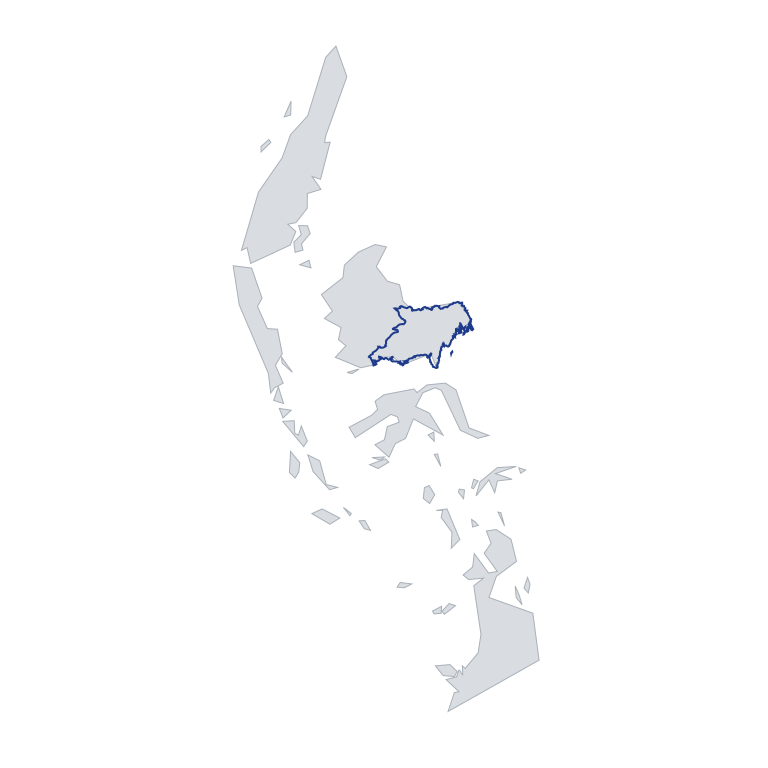 Kalimantan Timur highlighted on a map of Indonesia, rotated 60°
{"feature_id": "IDN-1185", "entity_name": "Kalimantan Timur", "entity_type": "Province", "adm_level": 1, "iso_a3": "IDN", "parent_name": "Indonesia", "parent_adm1": "", "projection": "natural_earth1", "projection_center": [116.728, 1.017], "detail": "fine", "context": "in_parent", "style": "outline", "palette": "blue", "viewbox_px": 768, "rotation_deg": 60, "n_neighbors": 0, "source": "natural_earth", "source_scale": "10m", "svg_char_len": 9793}
<svg xmlns="http://www.w3.org/2000/svg" viewBox="0 0 768 768"><g transform="rotate(60 384 384)"><path d="M266.5,313.4L278.6,332.1L296.7,329.7L305.9,320.9L321.8,326.1L334.1,322.6L350.3,278.7L370.0,276.4L379.3,286.8L369.4,287.8L383.4,308.8L379.5,313.4L396.1,330.2L381.2,328.3L376.4,358.3L365.0,362.7L358.5,374.5L362.6,382.8L358.3,396.0L336.6,412.8L331.8,397.8L322.9,401.3L313.6,393.0L297.4,402.9L295.1,392.2L275.2,393.5L271.4,366.4L261.3,358.9L257.0,340.2L258.8,321.9L266.5,313.4ZM67.3,256.7L99.3,262.5L140.3,310.8L145.3,314.7L147.6,309.7L175.0,336.6L168.3,342.5L183.9,341.3L180.7,355.2L193.4,362.6L200.2,379.5L197.5,387.5L207.8,384.1L216.8,395.7L212.9,439.2L197.5,434.4L197.0,440.6L155.0,396.7L137.3,359.2L121.4,340.3L113.6,316.0L72.0,271.2L67.3,256.7ZM700.7,387.8L699.6,492.2L686.4,477.3L688.0,473.0L671.0,478.0L673.9,467.6L669.2,462.2L670.9,461.4L673.6,461.8L675.2,461.2L667.3,457.1L670.9,455.9L663.9,436.9L649.3,425.2L603.6,407.1L601.9,394.9L595.7,408.4L589.0,411.0L586.8,398.7L576.0,390.6L599.9,388.0L603.0,379.6L580.7,381.9L575.5,370.9L562.5,368.8L566.2,359.6L581.9,351.6L603.8,357.9L606.8,382.9L621.4,399.9L656.9,369.7L700.7,387.8ZM477.9,330.0L462.2,341.0L418.2,337.5L412.8,341.6L411.0,354.8L419.4,367.9L432.0,359.2L457.7,358.4L428.9,376.0L441.9,392.5L441.3,404.0L449.9,416.3L432.1,422.2L432.5,411.5L422.5,402.4L424.7,390.0L419.2,388.7L413.8,393.2L416.1,435.6L404.0,435.9L404.9,410.6L402.8,402.2L394.5,400.4L393.3,389.5L403.3,360.5L408.0,359.7L406.3,347.3L413.9,330.4L425.1,324.6L464.6,332.3L481.0,318.9L477.9,330.0ZM217.4,440.7L248.7,446.7L253.5,454.8L277.7,457.3L283.3,448.9L306.9,457.0L313.5,468.7L332.8,470.9L332.5,480.7L335.2,486.6L316.8,478.8L243.1,469.8L206.2,455.5L217.4,440.7ZM517.3,332.3L530.5,320.7L524.6,334.2L533.5,342.5L519.5,341.1L526.9,360.2L516.7,349.8L513.1,327.6L521.5,310.7L517.3,332.3ZM523.7,391.9L556.6,396.1L559.8,407.8L546.5,399.3L528.1,401.2L522.8,396.5L519.6,402.0L523.7,391.9ZM448.4,484.0L424.3,489.2L407.3,485.4L418.4,478.1L442.1,484.3L450.3,475.9L448.4,484.0ZM379.0,476.6L395.2,479.0L398.0,484.9L365.7,490.4L370.9,480.1L382.0,485.9L385.6,483.7L379.0,476.6ZM478.0,489.3L478.4,500.9L460.2,511.3L461.2,500.1L478.0,489.3ZM216.8,372.7L221.3,385.4L227.5,387.2L225.5,395.2L216.2,391.2L213.2,380.9L204.2,378.7L208.7,371.2L216.8,372.7ZM666.1,478.6L653.8,480.4L660.0,467.2L669.5,464.4L672.5,469.3L666.1,478.6ZM410.1,496.3L417.6,501.8L421.0,508.0L413.5,510.2L395.6,498.6L410.1,496.3ZM505.2,395.4L510.3,404.2L502.7,407.2L494.0,400.8L494.5,395.7L505.2,395.4ZM333.6,476.9L350.7,480.7L343.0,487.8L333.6,476.9ZM360.3,477.5L362.9,488.4L352.8,486.9L360.3,477.5ZM246.9,389.2L238.6,397.4L239.3,387.1L246.9,389.2ZM611.7,432.9L613.6,446.9L609.8,447.5L606.7,437.4L611.7,432.9ZM328.1,457.5L315.0,461.8L309.5,459.3L328.1,457.5ZM454.1,418.9L454.2,431.4L446.7,436.7L449.6,420.0L454.1,418.9ZM92.6,323.1L104.4,330.3L102.8,336.9L92.6,323.1ZM121.5,374.4L116.8,371.7L114.7,361.5L118.2,361.2L121.5,374.4ZM566.5,474.2L564.0,469.2L571.0,460.0L570.7,468.2L566.5,474.2ZM553.8,347.1L567.3,350.6L552.0,349.3L553.8,347.1ZM471.4,372.5L483.8,376.0L470.1,375.7L471.4,372.5ZM448.3,425.0L441.7,431.2L447.5,420.0L448.3,425.0ZM623.3,356.4L630.4,357.6L637.1,363.5L630.7,364.8L623.3,356.4ZM504.0,468.9L499.5,473.4L490.1,474.0L492.6,468.8L504.0,468.9ZM611.1,449.2L608.1,455.7L604.9,455.5L605.3,445.2L611.1,449.2ZM523.1,372.5L514.9,373.6L512.6,371.4L516.1,367.3L523.1,372.5ZM624.6,371.4L634.6,372.5L644.2,374.8L635.0,376.3L624.6,371.4ZM450.5,364.9L458.8,369.1L450.2,371.4L450.5,364.9ZM529.6,310.3L524.0,309.1L529.3,304.3L529.6,310.3ZM470.5,480.9L479.8,477.1L480.9,479.4L470.5,480.9ZM553.6,373.0L552.1,378.8L545.1,375.9L548.6,374.1L553.6,373.0ZM359.1,406.3L355.6,410.2L358.5,398.0L359.1,406.3ZM515.0,351.0L519.4,358.9L517.7,360.1L511.3,353.9L515.0,351.0Z" fill="#d9dde1" stroke="#a8b0b8" stroke-width="1"/><path d="M362.0,275.4L362.7,276.5L362.9,276.5L363.3,276.3L363.6,276.4L364.2,276.3L364.6,275.9L365.9,276.5L367.0,276.3L368.3,276.5L370.9,276.5L371.2,276.1L371.6,276.1L372.4,277.0L373.5,277.6L374.6,278.8L376.1,279.0L376.4,279.2L375.8,279.8L373.7,279.1L374.2,279.8L374.1,280.2L375.0,280.5L375.1,281.1L375.8,281.0L377.1,282.5L378.0,282.9L378.1,283.3L377.6,283.5L376.5,282.9L375.8,282.9L376.6,283.2L377.4,283.8L378.0,283.7L378.5,284.0L379.4,285.3L378.3,285.3L378.8,285.8L379.9,286.1L380.1,286.3L380.0,286.5L379.0,287.6L377.3,287.7L376.2,287.2L375.6,285.5L375.1,285.1L375.4,286.5L375.8,287.4L375.8,287.8L375.6,288.1L374.6,287.7L369.8,287.5L369.4,287.7L369.0,288.3L369.7,287.9L371.3,287.9L371.6,288.2L371.4,288.9L371.9,290.0L372.8,290.3L373.1,290.8L373.8,290.6L374.8,290.9L374.7,291.8L373.7,292.9L373.6,293.9L373.2,294.1L372.4,293.6L372.3,294.1L373.5,294.9L374.9,295.1L374.9,295.8L375.3,296.2L376.4,296.2L377.1,296.5L377.3,297.2L376.4,298.1L376.9,298.1L377.7,297.9L378.1,298.4L376.1,299.1L378.8,299.4L377.2,300.6L377.9,301.0L379.0,301.3L379.4,301.7L379.7,303.3L380.0,304.1L382.1,306.4L383.0,308.0L383.1,307.7L383.6,308.5L383.8,309.4L383.2,310.3L381.8,310.9L381.3,312.4L380.0,312.2L381.1,313.1L380.0,313.3L378.8,313.1L379.0,313.4L379.9,313.6L380.4,314.1L380.7,314.0L380.7,315.1L380.5,315.5L381.0,315.9L381.4,316.8L382.6,317.3L383.1,317.3L383.1,318.0L384.2,319.4L385.0,319.8L386.2,320.9L387.3,321.3L388.3,322.1L388.0,322.6L388.7,322.9L388.8,323.6L389.0,323.4L389.7,323.9L390.9,324.3L391.8,325.4L392.9,326.2L393.3,327.0L393.0,327.3L393.7,327.7L394.3,329.0L394.7,329.0L395.1,328.6L396.1,329.0L396.4,329.3L396.3,329.8L396.5,330.3L395.7,331.3L394.4,332.0L394.1,332.6L393.5,333.0L391.6,332.4L390.3,333.0L389.0,332.5L388.4,332.5L387.8,333.0L386.8,332.2L385.0,331.9L383.8,331.4L383.1,330.6L382.3,328.6L381.4,327.9L381.0,328.1L381.1,328.6L382.1,330.2L382.2,331.1L382.8,331.9L382.9,333.1L382.2,333.2L381.7,332.6L381.1,332.5L379.8,332.9L378.9,334.1L378.6,335.7L377.2,337.9L377.1,338.2L377.3,339.0L376.5,339.7L375.8,341.3L375.8,342.3L375.2,343.3L375.3,343.5L375.8,343.7L375.1,344.2L375.2,345.0L375.5,345.1L375.4,345.3L375.7,345.7L375.9,346.4L375.3,347.4L374.9,349.2L374.6,349.8L374.7,350.4L375.2,351.2L375.5,351.3L375.5,351.5L375.4,352.1L374.9,352.8L375.1,353.3L374.7,354.3L376.8,352.7L377.3,352.6L377.3,353.1L377.0,353.6L376.3,353.8L376.3,354.0L376.9,354.3L376.8,355.1L376.6,355.5L375.9,355.7L376.6,356.0L376.5,356.3L376.1,356.7L376.2,357.0L375.3,357.1L377.1,357.7L377.3,358.0L377.2,358.5L376.4,358.6L376.0,359.0L375.4,358.7L375.4,359.2L374.9,359.1L374.8,360.0L374.3,360.0L373.8,359.4L373.6,360.0L373.3,360.4L373.1,359.4L372.5,358.9L372.1,360.5L370.9,361.7L369.5,363.9L369.1,364.2L368.9,365.2L368.0,365.8L366.1,366.1L366.1,365.5L366.2,365.1L365.8,365.4L365.6,364.5L365.1,363.7L365.2,362.3L364.7,363.1L364.6,364.0L365.2,364.9L364.9,365.5L365.7,365.9L365.3,366.7L365.3,367.8L362.6,369.1L362.2,369.7L362.2,370.4L362.6,371.3L362.2,371.9L359.2,373.2L357.8,374.6L358.1,374.9L358.7,374.9L359.3,374.4L359.9,374.4L360.0,374.2L360.9,374.4L360.9,374.7L360.5,375.5L361.2,376.5L361.0,377.3L361.1,378.7L360.6,379.2L359.4,379.7L358.7,380.7L359.9,380.2L360.1,380.4L360.2,381.0L360.4,381.3L361.9,380.7L362.1,380.7L362.3,381.3L363.0,380.9L363.1,381.6L362.7,383.8L360.1,383.0L355.3,382.6L354.7,382.3L353.7,382.9L353.4,383.4L353.0,383.6L352.7,383.2L352.2,380.9L352.4,378.7L352.1,378.5L351.4,378.3L351.1,377.5L351.1,374.5L350.4,372.1L350.0,371.5L349.8,370.5L348.8,370.3L349.7,368.9L350.9,368.8L352.0,366.7L352.2,365.3L352.0,363.3L351.1,363.6L350.0,361.9L348.2,361.1L347.2,360.1L347.2,359.2L346.6,358.3L346.2,355.5L345.2,353.5L344.7,350.9L344.8,348.9L345.3,347.7L345.7,345.8L344.7,345.4L343.8,345.5L342.1,347.8L341.4,348.2L340.9,348.8L340.6,348.6L340.5,347.0L341.1,344.8L340.5,343.1L340.2,340.9L341.2,338.2L341.8,337.6L342.0,337.2L341.7,335.7L341.2,334.9L340.5,334.1L339.3,334.1L338.9,334.6L337.2,335.1L336.2,336.0L332.2,336.5L330.5,336.1L329.6,335.5L327.7,335.5L326.6,336.2L323.9,337.0L324.3,336.0L324.9,335.6L325.7,334.4L326.3,332.1L326.2,331.6L325.9,331.4L325.1,331.5L325.1,330.3L325.4,329.8L327.3,328.6L329.8,326.3L329.9,325.4L329.7,324.4L329.9,322.8L332.2,321.8L332.9,322.0L334.0,322.9L334.6,322.9L334.9,322.4L334.8,321.3L335.7,320.3L336.3,318.8L336.4,316.4L336.7,316.1L337.6,316.0L338.5,315.4L338.7,313.2L337.8,313.3L337.5,311.7L337.8,309.9L338.2,309.6L339.7,309.3L339.8,308.2L340.5,308.1L341.8,307.1L342.3,306.4L343.5,306.0L343.7,305.7L343.5,305.0L343.0,304.3L342.5,304.1L341.9,304.3L341.7,304.1L341.9,303.1L341.7,302.5L342.2,302.0L342.3,301.7L341.8,300.6L342.3,300.1L342.6,299.2L343.8,298.1L344.2,297.2L345.2,298.1L347.3,297.3L347.6,296.1L348.0,295.3L347.6,294.8L347.6,294.5L348.1,292.1L348.6,291.0L349.0,291.1L349.2,290.9L348.4,287.7L348.5,286.5L349.0,284.6L349.0,284.1L348.3,283.4L348.4,283.1L348.9,282.6L349.3,281.8L349.8,279.1L351.0,278.0L351.6,278.2L351.7,277.8L352.2,277.3L352.3,276.3L352.6,275.6L352.9,275.7L353.1,276.2L354.4,276.5L354.6,277.2L355.0,277.5L356.3,276.3L356.5,275.7L357.9,276.1L359.0,275.6L359.4,276.1L359.7,276.1L360.2,277.1L360.4,277.2L360.9,276.7L361.2,276.8L361.6,276.6L361.5,276.2L362.0,275.4ZM375.7,290.2L375.5,290.5L373.8,289.9L372.3,289.8L371.8,289.4L371.6,288.8L372.3,288.3L372.9,288.6L374.0,288.7L374.6,289.4L375.6,289.8L375.7,290.2ZM376.4,290.8L377.9,291.0L378.1,291.4L377.8,292.6L377.8,293.5L377.6,293.9L377.2,293.3L376.3,292.5L375.9,291.4L376.1,291.0L376.4,290.8ZM378.3,279.2L381.1,279.3L381.5,280.8L380.9,281.3L380.2,281.2L378.3,279.2ZM377.7,279.4L379.0,280.5L379.0,281.0L378.4,282.0L377.8,282.1L377.2,281.6L376.8,280.8L377.1,280.1L377.7,279.4ZM381.0,289.9L380.9,290.5L380.0,289.9L379.5,289.2L379.5,288.5L379.7,288.4L380.3,288.6L381.0,289.9ZM375.1,292.3L375.9,292.7L375.9,293.2L375.0,293.1L374.6,293.4L374.4,293.2L374.3,292.9L374.6,292.4L375.1,292.3ZM380.3,285.0L379.4,284.7L378.7,283.9L379.2,283.8L379.8,284.1L380.3,284.6L380.3,285.0ZM390.7,309.9L391.5,310.8L390.9,310.6L390.5,310.1L390.1,308.9L390.5,308.8L391.2,309.5L390.4,309.1L390.7,309.9Z" fill="none" stroke="#1e3a8a" stroke-width="2"/></g></svg>